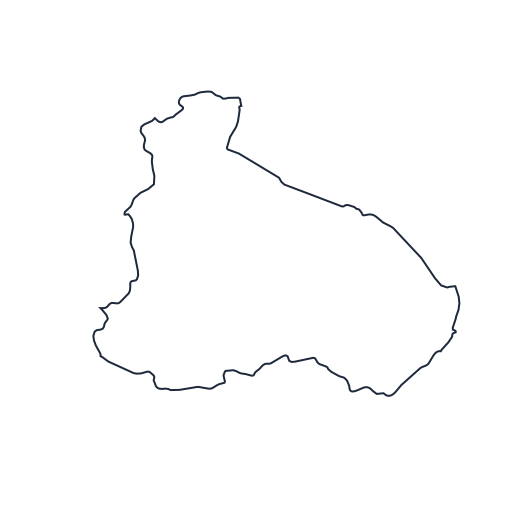 an SVG outline of Nord, rotated 342°
{"feature_id": "CMR-1483", "entity_name": "Nord", "entity_type": "Province", "adm_level": 1, "iso_a3": "CMR", "parent_name": "Cameroon", "parent_adm1": "", "projection": "orthographic", "projection_center": [13.766, 8.625], "detail": "fine", "context": "isolated", "style": "outline", "palette": "slate", "viewbox_px": 512, "rotation_deg": 342, "n_neighbors": 0, "source": "natural_earth", "source_scale": "10m", "svg_char_len": 3964}
<svg xmlns="http://www.w3.org/2000/svg" viewBox="0 0 512 512"><g transform="rotate(342 256 256)"><path d="M288.5,108.6L287.0,108.7L286.1,109.1L285.9,109.9L285.8,110.9L285.6,112.0L280.4,122.5L277.0,127.1L268.2,134.7L261.7,144.2L261.9,145.8L271.4,153.3L302.1,188.7L303.1,193.4L305.1,196.9L329.1,216.1L353.0,235.4L354.7,235.9L355.7,235.6L356.7,235.4L357.6,235.5L358.6,235.7L360.1,236.5L364.4,239.6L365.3,240.7L365.9,242.0L366.6,242.5L367.4,242.8L368.2,243.5L368.8,244.5L369.7,247.3L370.0,248.6L370.0,249.6L370.4,250.3L371.8,250.8L375.9,251.3L378.6,252.2L380.8,253.8L382.6,256.0L387.2,263.4L393.4,269.6L395.1,271.7L398.0,277.9L412.6,309.0L419.3,332.3L423.0,341.2L428.1,345.0L430.5,345.1L433.9,345.8L436.2,346.3L436.2,357.4L434.8,363.9L431.9,369.9L427.5,375.6L426.7,377.2L420.9,385.1L420.5,386.8L422.6,388.8L422.4,390.2L421.9,390.3L419.9,390.4L419.2,390.6L418.6,391.2L417.7,393.0L417.3,393.6L412.2,397.6L403.9,402.3L402.3,403.7L402.0,403.5L401.1,403.2L399.9,403.0L398.5,403.1L396.7,403.7L394.3,405.2L387.6,411.0L386.2,412.0L384.5,412.6L382.0,412.8L380.3,412.9L378.6,413.1L376.9,413.7L354.4,423.6L346.4,428.6L345.1,429.2L343.7,429.8L342.5,430.1L341.3,430.3L340.0,430.2L338.7,429.9L337.2,429.0L336.5,428.3L334.8,425.9L328.2,424.5L325.5,420.6L324.8,419.2L323.8,417.5L322.6,416.1L320.9,415.0L319.4,414.6L317.9,414.4L310.1,415.1L307.5,415.0L306.2,414.8L305.0,414.2L304.1,413.1L303.9,411.5L304.2,410.0L304.5,408.6L304.1,402.7L302.4,399.2L300.8,397.9L299.5,397.1L297.6,395.6L291.8,389.4L289.7,385.9L289.5,384.1L288.9,383.2L287.7,382.1L283.2,378.6L282.6,377.9L282.0,377.0L281.5,375.8L280.7,371.9L279.9,371.0L278.9,370.5L260.1,368.5L257.2,367.8L256.1,366.8L255.2,365.9L255.1,361.1L253.8,359.8L252.5,359.5L250.0,359.7L237.7,362.5L236.4,362.7L235.2,362.5L232.5,361.6L231.0,361.5L229.1,361.9L227.6,362.6L225.0,364.1L223.8,364.7L219.9,366.1L218.8,366.8L217.4,368.3L216.3,368.8L214.9,368.5L209.2,364.8L206.8,363.7L205.0,362.7L203.2,361.1L202.1,359.8L199.1,357.6L191.6,355.9L190.4,356.6L189.6,357.8L188.5,359.0L188.2,359.9L188.0,361.3L187.7,365.6L186.9,366.8L181.2,366.5L178.2,367.0L175.7,367.7L173.2,368.2L171.7,368.1L170.1,367.6L160.8,362.7L159.3,362.3L142.0,359.7L133.3,357.1L131.5,355.4L128.8,354.1L127.7,353.9L126.3,353.6L123.7,352.6L122.4,351.8L121.4,350.7L120.6,348.9L120.5,345.6L120.2,343.1L120.5,342.0L121.2,341.1L121.8,340.0L121.9,338.9L121.6,337.7L119.4,334.0L118.4,332.9L116.7,332.4L115.2,332.3L111.2,332.2L108.5,331.7L106.1,331.0L103.5,329.6L83.0,310.8L78.5,304.5L77.2,303.3L77.6,302.4L77.7,300.2L76.0,291.4L75.8,286.4L76.6,281.8L79.1,278.2L81.4,277.3L85.6,278.0L87.9,277.7L89.1,276.7L90.0,275.5L90.7,274.2L91.5,273.1L94.8,270.8L95.7,269.8L95.6,266.8L95.3,265.3L92.8,259.1L92.0,257.5L94.9,258.5L96.5,258.7L98.0,258.6L99.7,257.8L100.9,257.0L102.3,256.3L104.2,256.0L105.6,256.5L109.1,258.1L110.7,258.4L112.3,258.0L123.4,252.2L125.3,250.1L126.9,246.6L127.8,243.5L128.6,242.2L129.8,241.6L131.4,241.7L132.7,241.9L134.1,242.0L135.5,241.4L137.9,238.1L139.1,233.5L141.5,213.0L140.8,209.0L140.9,204.6L143.1,199.4L148.1,190.5L148.7,188.6L149.1,186.6L149.3,182.3L148.4,179.0L147.4,176.8L144.3,176.3L143.8,175.9L144.6,174.0L145.3,173.4L151.6,170.5L152.5,169.8L153.7,168.6L156.8,164.6L158.2,163.5L165.7,160.2L174.1,159.0L181.1,156.2L184.1,148.4L184.7,141.4L186.1,134.1L187.1,131.5L188.1,129.7L188.4,127.9L187.2,125.5L184.1,122.2L183.0,120.5L182.9,118.0L183.7,115.8L186.2,111.8L186.7,109.2L186.2,107.1L185.0,103.6L184.9,101.4L186.9,97.7L190.4,96.3L198.8,95.4L200.8,94.5L202.4,93.6L202.7,94.3L204.9,98.0L205.9,98.8L207.2,99.5L208.5,99.5L213.7,97.9L217.6,97.9L219.7,98.2L221.3,97.7L223.8,96.5L230.7,94.2L232.0,93.4L232.5,92.3L232.1,91.2L230.4,88.8L230.0,87.6L230.0,86.4L230.5,85.1L231.4,83.8L233.2,82.3L234.8,81.8L236.4,81.7L243.2,83.1L247.4,83.6L251.8,83.1L254.0,83.2L259.8,84.4L263.2,85.5L264.7,86.5L267.4,90.5L267.8,90.9L271.2,93.3L273.4,96.3L276.6,97.0L278.3,97.0L288.3,100.0L289.3,101.7L288.4,108.3L288.5,108.6L288.5,108.6Z" fill="none" stroke="#1e293b" stroke-width="2"/></g></svg>